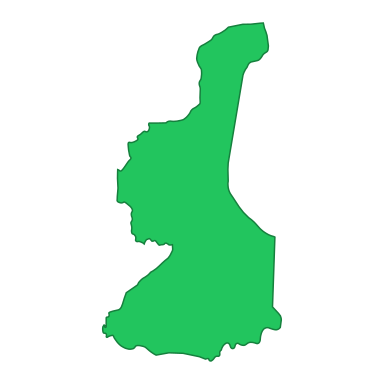 outline of Dolores Merendon, Ocotepeque, Honduras
{"feature_id": "27666195B64666731554953", "entity_name": "Dolores Merendon", "entity_type": "district", "adm_level": 2, "iso_a3": "HND", "parent_name": "Honduras", "parent_adm1": "Ocotepeque", "projection": "equal_earth", "projection_center": [-89.141, 14.565], "detail": "fine", "context": "isolated", "style": "filled", "palette": "green", "viewbox_px": 384, "rotation_deg": 0, "n_neighbors": 0, "source": "geoboundaries", "source_scale": "gbopen_adm2", "svg_char_len": 6043}
<svg xmlns="http://www.w3.org/2000/svg" viewBox="0 0 384 384"><path d="M205.5,359.1L207.0,358.6L208.4,358.6L208.7,358.9L209.1,360.0L209.5,360.6L210.2,360.9L211.0,361.0L211.9,360.5L212.9,359.7L213.7,358.8L214.7,357.4L215.6,356.6L216.7,356.2L217.2,356.2L218.3,356.3L219.1,356.0L219.6,355.4L219.8,354.6L219.8,353.9L219.7,352.6L219.9,351.6L220.3,350.9L221.0,350.3L221.3,349.9L221.9,348.0L222.5,346.9L223.2,345.7L224.2,344.6L225.2,343.8L226.2,343.1L226.9,343.0L227.7,343.0L228.3,343.2L228.9,343.6L229.4,344.1L229.8,344.8L230.1,345.6L230.5,346.8L230.9,347.6L231.6,348.3L232.1,348.5L232.6,348.6L233.5,348.4L234.3,347.8L234.8,346.8L235.2,345.3L235.6,344.4L236.3,343.7L237.2,343.3L237.8,343.3L238.3,343.4L239.9,344.4L241.1,344.9L242.2,345.2L243.2,345.3L244.1,345.3L245.1,345.0L245.9,344.5L247.1,343.6L248.0,343.0L249.0,342.6L250.0,342.3L251.0,342.3L252.6,342.4L254.4,342.8L256.6,343.5L257.2,343.6L257.7,343.5L258.4,343.2L259.0,342.8L259.4,342.2L259.8,341.5L260.2,340.1L260.4,337.7L260.6,336.1L261.0,334.5L261.4,333.1L262.1,331.4L262.7,330.4L263.5,329.3L264.3,328.6L265.1,328.2L265.9,327.8L266.7,327.7L267.7,327.6L268.7,327.8L270.8,328.6L273.1,329.3L274.9,329.7L276.2,329.8L277.2,329.6L278.4,329.1L279.4,328.4L280.3,327.4L281.3,319.9L281.1,318.1L280.4,315.9L278.6,313.5L272.5,306.9L274.9,237.1L273.9,236.6L270.9,235.7L268.5,234.7L265.7,233.1L263.2,231.4L261.3,229.8L259.9,228.5L256.0,224.1L254.1,222.1L251.4,219.7L248.6,217.6L243.4,212.4L239.1,206.9L232.8,197.3L231.1,194.8L230.3,193.6L229.4,191.8L228.7,189.8L228.2,187.7L228.0,185.6L227.9,183.4L228.2,181.1L227.9,169.4L228.2,163.0L243.0,75.0L243.9,72.5L245.4,69.5L247.0,67.3L248.2,64.6L248.7,63.9L249.3,63.1L250.2,62.5L251.0,62.0L257.3,60.6L258.2,60.3L259.2,59.7L260.0,59.0L260.6,58.3L261.7,56.8L262.9,54.8L263.5,54.2L264.2,53.5L266.8,51.8L267.2,51.4L267.7,50.7L268.0,49.8L268.4,46.0L267.0,35.5L265.8,31.6L264.5,28.3L263.3,23.0L260.2,23.2L250.9,24.2L242.8,24.3L228.4,27.2L227.0,28.5L225.3,30.0L221.8,32.3L219.4,33.6L218.2,34.1L216.1,34.6L214.6,35.4L214.0,35.9L213.5,36.5L212.1,38.9L211.6,39.5L211.0,40.1L209.1,41.4L205.7,43.5L204.2,44.4L201.6,45.7L200.2,46.7L199.7,47.3L199.2,48.1L198.5,50.1L197.9,51.7L197.5,53.4L197.1,55.1L196.9,56.8L196.7,58.4L196.9,60.1L197.6,62.4L198.5,64.4L199.2,66.0L201.0,68.7L201.4,69.7L201.5,70.9L201.6,72.4L201.6,74.2L201.2,78.0L201.0,78.9L200.7,79.7L199.8,81.1L199.5,81.7L199.3,82.5L199.2,83.2L199.3,84.7L199.5,85.5L200.1,87.3L200.3,88.9L200.0,97.6L200.2,102.1L200.1,103.1L199.9,103.8L198.6,105.0L196.7,106.6L195.2,107.6L193.1,108.7L192.0,109.6L190.9,110.9L190.0,112.8L189.3,113.9L187.8,115.8L186.4,117.3L184.8,118.6L183.7,119.4L182.9,119.8L180.7,120.4L177.2,121.1L175.0,121.3L173.1,121.4L170.2,121.1L169.2,121.2L168.3,121.4L167.6,121.7L166.8,122.2L166.0,122.9L156.7,123.1L149.2,123.1L148.8,123.7L148.7,124.5L148.8,125.3L149.3,126.2L149.4,126.8L149.5,127.4L149.4,128.2L149.2,129.2L148.8,130.1L148.5,130.7L148.0,131.3L147.3,131.7L146.7,131.9L146.0,131.8L144.8,131.3L144.4,131.3L143.8,131.5L142.9,132.1L140.4,134.4L138.4,135.6L137.8,136.0L137.4,136.5L137.3,137.1L137.4,137.6L137.9,138.4L137.9,138.7L137.9,139.2L137.5,139.9L136.6,140.6L134.3,141.8L132.5,142.4L131.1,142.6L129.2,142.3L128.7,142.5L128.4,142.8L128.2,143.5L128.1,144.3L128.3,146.9L128.6,150.0L129.6,155.4L130.0,156.4L130.8,157.3L130.9,157.6L131.0,158.1L130.8,158.7L130.3,159.5L129.1,160.6L128.1,161.8L124.2,167.5L122.9,169.2L121.6,170.6L120.8,171.0L120.1,171.0L119.7,170.8L118.7,170.0L117.7,169.6L117.6,172.3L117.5,178.3L118.0,188.0L117.9,189.6L117.3,196.3L117.2,199.2L117.1,200.4L117.2,200.8L117.5,201.4L117.9,201.8L119.1,202.4L120.4,202.8L121.4,202.9L122.2,202.8L122.9,202.6L123.8,202.1L124.2,202.0L124.5,202.1L125.0,202.3L125.8,202.8L127.1,203.8L130.0,206.2L131.2,207.5L131.9,208.6L132.4,209.9L132.4,210.7L132.3,211.4L131.7,212.3L131.5,213.0L131.3,213.7L131.3,214.5L131.5,215.9L132.2,217.9L132.3,219.3L132.1,220.4L131.8,221.0L131.2,222.0L130.9,223.0L131.1,224.0L131.6,225.9L131.8,227.4L131.8,228.8L131.5,230.8L131.6,231.9L131.8,232.9L132.2,233.6L132.8,234.0L133.7,234.3L134.3,234.7L134.9,235.4L135.4,236.2L135.7,236.8L135.8,237.6L135.8,238.6L135.6,239.9L135.6,240.4L135.9,240.9L136.2,241.3L137.0,241.6L137.5,241.6L139.0,241.4L139.7,241.6L140.4,241.8L142.9,242.9L143.6,243.5L144.2,244.0L144.6,242.8L145.1,241.7L146.4,239.7L146.7,239.5L147.8,239.2L148.7,238.7L149.3,238.6L150.0,239.0L151.7,240.9L152.0,241.2L153.2,241.1L154.4,240.6L155.0,240.6L155.5,240.8L155.8,241.1L158.6,244.7L159.2,245.1L159.8,245.1L160.9,244.8L163.2,244.6L164.3,244.1L164.9,243.3L165.7,243.1L166.4,243.2L167.2,243.6L167.8,243.9L168.5,244.6L169.3,244.9L170.2,245.0L172.4,244.7L172.7,249.3L172.4,250.8L169.9,255.7L168.0,258.2L165.1,260.5L162.1,263.2L159.1,266.1L156.3,268.6L153.2,270.8L150.4,272.4L149.9,273.2L147.7,275.3L145.3,277.0L142.9,278.4L141.5,279.5L140.1,280.9L138.7,282.5L138.2,283.5L137.7,284.6L137.3,285.1L126.3,292.7L124.4,298.0L122.6,303.9L121.9,305.7L121.2,307.4L120.1,308.8L119.2,309.5L118.3,309.9L113.1,311.1L110.2,312.0L109.4,312.4L109.1,312.6L108.9,313.0L108.9,313.4L109.1,314.4L109.2,315.1L109.1,315.6L108.9,316.2L108.5,316.7L108.0,317.0L106.7,317.2L106.4,317.4L106.2,317.9L106.2,325.9L106.2,326.6L106.1,326.9L105.9,327.2L105.5,327.4L105.2,327.4L105.0,327.2L104.7,326.9L104.6,326.6L104.7,325.8L104.7,325.4L104.4,325.1L104.2,325.1L103.9,325.1L103.8,325.3L103.6,325.8L103.1,326.4L102.9,326.9L102.7,328.3L102.7,329.7L102.9,331.3L103.2,332.4L103.5,332.9L103.9,333.1L104.3,333.2L104.8,333.2L105.3,333.3L105.8,333.5L106.1,333.9L106.4,334.4L106.5,335.0L106.5,335.6L106.3,336.3L106.3,336.7L106.4,337.0L106.8,337.3L107.4,337.2L108.8,336.3L110.6,335.7L112.4,335.3L112.9,335.4L113.4,336.0L114.3,338.0L115.3,339.5L117.5,342.5L119.4,344.5L121.1,345.9L123.1,347.1L125.3,348.2L127.4,348.8L128.7,349.1L130.0,349.2L131.0,349.1L132.2,348.9L133.3,348.6L133.9,348.2L134.6,347.6L135.4,346.4L136.2,345.8L137.0,345.6L137.9,345.5L139.8,345.6L143.0,346.3L144.2,346.7L145.1,347.1L146.2,347.9L149.4,350.7L151.2,352.1L153.9,353.9L156.1,355.1L168.9,352.8L183.1,353.3L199.4,356.7L205.5,359.1Z" fill="#22c55e" stroke="#15803d" stroke-width="1.5"/></svg>